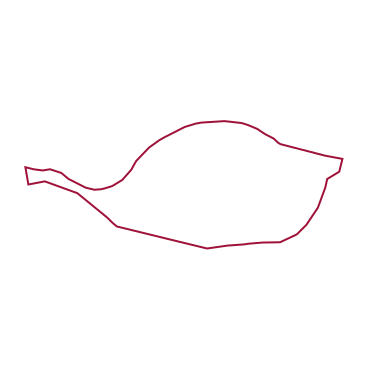 St. Louis, Missouri, United States of America, rotated 252°
{"feature_id": "52423323B73997952467862", "entity_name": "St. Louis", "entity_type": "district", "adm_level": 2, "iso_a3": "USA", "parent_name": "United States of America", "parent_adm1": "Missouri", "projection": "orthographic", "projection_center": [-90.227, 38.653], "detail": "fine", "context": "isolated", "style": "outline", "palette": "rose", "viewbox_px": 384, "rotation_deg": 252, "n_neighbors": 0, "source": "geoboundaries", "source_scale": "gbopen_adm2", "svg_char_len": 898}
<svg xmlns="http://www.w3.org/2000/svg" viewBox="0 0 384 384"><g transform="rotate(252 192 192)"><path d="M267.0,41.2L249.7,38.7L247.6,55.3L226.3,82.6L194.0,103.4L187.4,106.8L182.5,109.8L170.0,130.0L153.7,156.3L150.8,161.0L133.6,188.9L130.1,209.1L126.1,225.2L125.3,230.0L122.1,243.6L117.3,259.2L117.0,260.4L119.3,278.6L125.4,290.6L138.2,306.9L154.5,319.7L154.8,320.0L162.6,324.6L165.8,338.3L177.0,345.3L184.4,331.7L185.8,329.2L210.2,290.9L212.3,289.1L217.6,286.2L224.2,279.6L228.7,276.0L231.7,273.7L238.1,266.3L242.2,260.6L247.3,249.4L249.4,244.7L255.1,222.4L255.9,216.6L256.1,205.4L256.1,205.2L252.8,184.4L252.8,184.0L252.6,182.9L251.3,176.7L247.5,164.8L238.8,148.6L236.4,145.9L231.9,141.1L225.0,129.4L222.3,118.0L222.4,110.2L222.8,105.9L223.1,104.9L224.3,99.9L229.0,92.2L242.7,78.5L250.5,73.6L257.5,64.0L258.6,56.7L262.4,48.7L267.0,41.2Z" fill="none" stroke="#9f1239" stroke-width="2"/></g></svg>